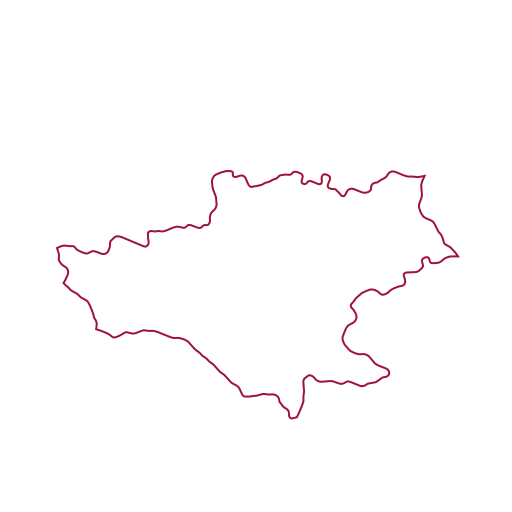 outline of Monte Plata, Monte Plata, Dominican Republic, rotated 112°
{"feature_id": "3306468B2740041336238", "entity_name": "Monte Plata", "entity_type": "district", "adm_level": 2, "iso_a3": "DOM", "parent_name": "Dominican Republic", "parent_adm1": "Monte Plata", "projection": "orthographic", "projection_center": [-69.842, 18.762], "detail": "fine", "context": "isolated", "style": "outline", "palette": "rose", "viewbox_px": 512, "rotation_deg": 112, "n_neighbors": 0, "source": "geoboundaries", "source_scale": "gbopen_adm2", "svg_char_len": 6118}
<svg xmlns="http://www.w3.org/2000/svg" viewBox="0 0 512 512"><g transform="rotate(112 256 256)"><path d="M390.2,157.7L385.3,157.4L378.5,157.3L374.8,157.4L372.7,157.7L368.6,159.4L363.5,160.7L355.6,164.7L353.8,165.3L352.5,165.4L351.3,165.1L347.2,162.7L346.8,162.2L346.3,161.1L346.2,159.2L346.6,157.3L348.0,154.6L348.5,153.4L348.7,151.4L348.5,149.4L348.1,148.2L344.1,140.3L343.6,139.0L343.3,137.0L343.1,131.4L342.9,130.0L342.5,128.8L341.8,127.7L341.0,126.8L338.4,124.7L337.8,123.7L337.5,122.4L337.4,120.3L337.4,111.4L337.3,110.0L336.8,108.6L336.2,107.6L335.4,106.6L333.0,104.9L332.2,104.1L328.1,97.6L321.6,93.4L320.8,92.6L319.6,90.6L318.4,89.3L317.4,88.7L316.1,88.4L314.7,88.6L313.6,89.2L312.7,90.1L312.1,91.2L311.7,92.5L311.6,93.9L311.7,101.0L311.3,104.4L310.9,105.7L306.8,113.5L306.4,114.7L306.2,116.8L306.4,118.8L306.8,120.0L308.2,122.8L308.7,124.7L309.0,127.5L308.9,131.1L308.6,133.1L308.1,134.4L305.6,139.5L304.9,140.7L303.5,142.3L301.3,144.2L300.1,144.9L298.8,145.3L295.3,145.5L289.6,145.4L287.6,145.1L285.6,144.3L281.3,140.8L280.1,140.1L278.1,139.6L276.1,139.6L274.1,140.3L271.9,142.1L269.7,144.9L268.1,148.2L267.4,149.0L266.4,149.6L265.9,149.7L264.8,149.6L262.2,148.6L257.7,147.5L251.9,144.6L250.7,143.9L247.5,141.1L244.7,138.0L243.6,136.2L243.3,134.9L243.1,133.5L243.1,131.4L243.4,129.4L244.7,125.6L244.6,124.4L244.1,123.3L242.9,121.8L241.3,120.4L240.1,119.7L237.1,118.3L234.4,116.1L231.0,112.5L228.9,109.4L228.1,108.5L226.4,107.8L225.2,107.8L223.9,108.0L222.1,109.0L218.7,111.8L217.5,112.1L216.9,112.0L215.9,111.4L215.1,110.6L211.2,102.1L210.1,100.5L208.6,99.3L204.7,97.6L203.7,97.3L203.1,97.3L202.0,97.7L199.1,99.9L198.0,100.4L197.4,100.6L196.8,100.5L195.6,100.0L194.1,98.8L193.1,97.2L192.9,96.6L193.0,95.4L193.9,94.2L195.9,92.8L196.6,92.0L196.8,90.9L196.4,89.2L194.5,85.3L193.4,83.8L191.9,82.5L189.1,81.0L187.3,79.9L185.8,78.4L184.4,76.8L183.3,75.0L180.7,68.5L178.1,72.6L175.4,78.3L174.9,80.2L174.3,84.8L173.9,85.9L173.2,86.8L170.2,89.0L167.7,91.4L166.5,93.1L165.4,95.5L164.6,96.6L159.5,102.3L158.3,104.0L157.8,105.2L157.5,106.6L157.3,112.8L156.8,115.5L155.3,117.9L153.0,120.5L150.3,122.7L148.5,123.7L146.5,124.2L140.3,124.4L138.2,124.7L137.0,125.1L129.1,129.1L127.9,129.5L124.5,129.9L118.6,129.7L121.5,134.2L122.4,135.9L123.8,141.0L125.1,143.9L125.5,145.2L125.9,149.0L125.8,158.2L126.0,159.7L126.5,161.1L127.1,162.2L128.5,163.4L129.7,164.0L133.5,164.9L134.7,165.5L136.5,166.7L138.7,168.7L142.2,171.0L143.8,173.4L144.6,174.2L145.6,174.9L146.8,175.3L148.0,175.3L151.5,174.3L153.1,174.8L154.6,175.9L156.2,177.9L157.0,179.8L157.3,182.1L157.3,190.7L157.6,192.2L158.2,193.4L159.5,194.8L160.6,195.5L162.0,195.8L166.5,196.3L167.6,197.0L167.9,197.5L168.1,198.6L167.9,199.7L166.3,202.7L164.5,207.1L164.5,208.1L165.4,210.7L165.7,211.8L165.7,213.6L165.3,214.8L164.4,215.6L163.2,216.1L157.8,216.1L156.5,216.3L155.3,216.9L154.8,217.5L154.3,218.7L154.1,220.8L154.2,222.1L154.7,223.4L155.2,223.9L155.8,224.3L157.0,224.6L158.2,224.6L159.4,224.3L162.3,222.8L163.3,222.6L164.5,222.7L165.4,223.6L165.7,224.1L166.0,225.4L165.9,231.4L166.0,232.8L166.3,234.2L167.0,235.3L167.4,235.6L169.8,236.5L170.6,237.1L171.2,238.0L171.4,239.7L171.0,240.8L170.1,241.6L168.9,241.9L165.2,242.3L164.0,242.9L163.6,243.4L163.0,244.6L162.7,246.6L162.8,249.5L163.3,251.4L163.9,252.5L164.4,252.9L166.8,253.9L168.0,255.0L169.6,259.5L172.0,263.6L172.9,264.4L176.4,266.0L179.0,269.0L182.2,271.6L184.7,274.8L187.9,277.4L191.0,281.8L192.1,283.8L193.6,285.8L193.8,287.4L193.1,289.2L191.7,290.8L187.7,294.9L186.9,296.1L186.5,297.4L186.5,298.7L187.0,300.0L187.7,301.1L190.2,304.1L190.8,305.8L190.6,306.8L190.3,307.3L189.6,307.9L187.5,308.6L187.1,309.0L186.7,309.9L186.8,311.5L187.9,314.0L188.2,315.2L191.8,319.9L195.6,323.7L196.8,324.5L198.2,325.0L200.9,325.3L202.2,325.1L203.5,324.7L208.5,322.1L210.3,320.8L215.2,316.2L216.9,314.9L223.3,311.7L225.3,311.4L227.3,311.5L228.6,311.9L231.9,313.4L234.5,313.8L237.2,313.4L239.9,312.1L241.7,311.6L243.5,311.6L244.7,312.0L245.1,312.3L245.8,313.2L246.5,315.1L247.1,315.9L247.9,316.5L250.3,317.6L251.0,318.5L251.5,319.7L251.6,321.0L251.8,328.2L252.4,330.0L253.1,330.8L255.5,331.9L256.3,332.5L256.7,333.0L257.1,334.1L257.9,339.0L258.8,341.0L260.7,343.4L266.1,348.9L267.9,351.3L268.5,352.5L269.4,356.1L271.1,358.7L271.9,362.1L272.8,363.7L274.2,364.6L274.7,364.8L275.8,364.6L280.1,362.6L282.7,361.0L284.5,360.4L285.8,360.3L287.0,360.6L288.1,361.2L288.5,361.8L289.0,363.0L289.1,365.1L288.8,387.9L289.2,390.9L290.1,392.7L291.0,393.7L292.0,394.4L296.4,396.3L298.0,396.4L300.7,395.4L302.7,394.9L306.5,394.8L307.9,395.1L309.2,395.6L310.2,396.5L311.0,397.5L311.5,398.8L311.8,400.2L311.9,406.1L312.3,408.2L312.8,409.4L313.6,410.4L316.6,413.0L317.2,414.1L317.5,415.4L317.7,418.9L317.4,423.3L317.0,425.1L315.5,427.6L315.4,429.3L316.7,432.5L317.7,436.3L318.5,438.3L320.2,440.6L323.1,443.5L328.1,439.4L329.9,438.5L332.9,437.7L334.3,436.7L336.2,433.7L336.9,432.0L337.7,428.2L338.1,426.9L338.8,425.9L340.2,424.6L342.1,423.8L344.3,423.6L349.5,423.8L353.2,424.3L354.4,421.6L355.4,418.3L356.8,415.5L357.2,414.3L358.1,407.5L360.0,402.8L360.7,396.8L361.1,395.4L361.8,394.2L364.1,391.5L368.8,386.9L371.0,385.0L373.9,382.9L375.6,380.6L376.9,379.3L377.9,378.6L379.1,378.1L382.0,377.2L383.8,376.8L383.4,371.5L383.4,365.5L383.9,361.9L384.9,358.6L384.9,357.5L383.9,355.7L382.0,353.6L379.2,351.2L376.6,349.3L375.7,348.5L375.0,346.9L374.4,342.4L373.8,340.4L372.5,338.6L368.0,333.7L367.1,332.5L366.6,331.2L365.4,326.7L364.1,323.9L363.6,321.9L363.3,318.3L363.3,307.2L363.2,303.6L362.6,300.8L361.3,298.0L360.7,296.1L360.4,293.4L360.3,290.5L360.5,288.5L361.0,286.5L365.5,277.4L366.8,272.2L368.6,268.2L369.6,263.6L371.4,259.6L372.5,255.0L376.7,246.5L377.1,245.3L378.2,240.7L382.6,231.6L383.0,229.6L383.4,225.5L384.0,223.6L384.7,222.3L385.6,221.2L389.5,217.0L390.5,215.3L390.6,214.7L390.5,213.6L388.6,209.1L386.7,205.9L385.2,202.9L382.1,199.0L381.0,197.2L379.6,192.0L378.0,188.7L377.7,187.3L377.6,186.0L377.9,184.0L378.8,182.3L379.6,181.4L382.4,179.5L384.9,175.4L385.7,173.7L386.5,169.7L387.1,168.6L387.8,167.6L388.8,166.9L392.0,165.3L392.8,164.6L393.3,163.6L393.4,162.5L393.0,161.5L390.2,157.7Z" fill="none" stroke="#9f1239" stroke-width="2"/></g></svg>